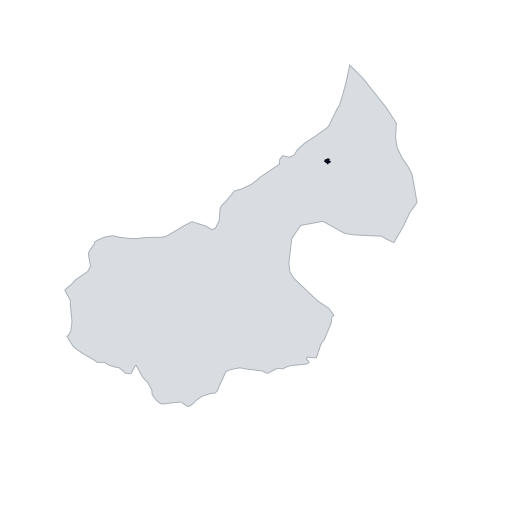 location of Saldus, Saldus, Latvia, rotated 139°
{"feature_id": "27541924B14554073945522", "entity_name": "Saldus", "entity_type": "district", "adm_level": 2, "iso_a3": "LVA", "parent_name": "Latvia", "parent_adm1": "Saldus", "projection": "orthographic", "projection_center": [22.489, 56.666], "detail": "fine", "context": "in_parent", "style": "filled", "palette": "ink", "viewbox_px": 512, "rotation_deg": 139, "n_neighbors": 0, "source": "geoboundaries", "source_scale": "gbopen_adm2", "svg_char_len": 2944}
<svg xmlns="http://www.w3.org/2000/svg" viewBox="0 0 512 512"><g transform="rotate(139 256 256)"><path d="M368.7,372.4L365.8,372.1L357.7,369.5L350.8,365.3L346.5,359.4L339.2,351.4L334.5,347.3L327.1,342.3L314.9,332.0L310.5,329.7L289.4,325.8L281.8,323.9L274.4,311.8L271.9,304.7L268.5,303.5L264.8,305.1L260.8,306.7L251.8,315.4L248.8,316.7L243.0,317.0L229.4,319.2L223.2,316.2L212.4,313.1L206.6,312.7L201.4,312.8L178.5,309.9L174.4,313.5L170.1,314.2L166.0,308.6L160.9,307.1L155.3,309.0L145.1,309.3L133.0,307.5L117.6,306.1L115.3,306.6L98.1,313.9L93.9,315.0L75.1,327.2L60.0,338.6L58.7,319.9L60.4,282.5L63.0,264.1L73.2,253.5L78.4,245.2L81.5,234.0L82.6,223.6L84.7,215.1L99.4,190.7L110.8,188.1L126.1,181.4L143.2,175.7L146.5,183.0L148.2,188.5L169.0,208.5L174.4,215.2L182.7,238.3L202.3,249.8L217.5,245.8L224.0,239.9L235.9,229.1L241.1,221.3L242.0,213.8L239.0,182.2L235.4,168.6L236.2,160.0L238.4,160.4L243.3,156.1L259.7,147.9L263.0,147.5L266.7,145.8L277.0,139.6L280.5,142.5L283.4,145.9L284.9,145.9L285.6,144.6L285.3,142.3L286.0,140.7L289.1,141.5L301.6,150.5L306.4,152.5L309.6,153.0L313.6,157.3L324.1,159.8L325.5,162.0L326.5,164.9L336.9,176.5L341.6,182.3L350.6,187.4L354.4,188.5L369.3,181.9L373.4,179.7L376.9,179.4L380.6,182.2L389.0,185.6L396.5,186.4L397.8,186.0L404.1,186.0L406.4,187.4L408.4,195.0L416.0,200.5L423.0,205.1L424.9,207.3L425.8,211.7L425.7,217.0L425.1,219.8L422.6,223.2L420.8,231.3L421.0,238.9L418.2,252.2L419.0,252.4L427.0,249.4L429.4,250.6L431.4,253.3L432.6,261.5L435.5,265.0L438.7,270.5L439.9,274.9L445.6,279.9L446.3,283.3L450.5,295.2L452.3,302.2L453.3,307.6L452.3,314.6L451.3,319.4L449.6,319.2L445.0,320.9L438.0,327.1L427.9,341.2L425.2,344.4L423.0,354.7L422.4,355.8L415.9,355.8L414.1,355.7L407.6,356.4L393.2,354.7L387.7,356.8L381.2,367.5L378.4,369.2L370.1,371.2L368.7,372.4Z" fill="#d9dde1" stroke="#a8b0b8" stroke-width="1"/><path d="M141.1,279.4L141.0,279.5L140.9,279.5L140.7,279.5L140.7,279.4L140.6,279.5L140.3,279.5L140.2,279.5L140.0,279.4L139.9,279.4L139.9,279.2L140.0,279.1L139.9,278.9L139.7,278.9L139.3,278.7L139.2,278.6L138.7,278.6L138.4,278.5L138.2,278.6L138.2,278.8L138.3,278.9L138.3,279.0L138.8,279.8L138.8,280.0L138.9,280.3L139.0,280.3L139.0,280.5L138.9,280.7L138.9,280.8L138.7,280.9L138.7,281.0L138.4,281.0L138.5,281.1L138.5,281.3L138.4,281.3L138.3,281.5L138.2,281.6L138.3,281.7L138.3,281.8L138.2,281.8L138.3,281.9L138.5,281.7L138.5,281.8L138.6,282.0L138.7,281.9L138.8,281.9L138.7,281.8L138.8,281.7L139.0,281.8L138.9,281.8L139.0,281.9L139.1,282.0L139.3,282.1L139.5,282.1L139.8,282.2L140.0,282.2L140.1,282.3L140.1,282.2L140.3,282.1L140.5,282.0L140.7,282.3L140.8,282.3L141.0,282.4L141.1,282.5L141.3,282.5L141.3,282.1L141.3,281.9L141.2,281.9L141.2,281.7L141.3,281.7L141.0,281.4L140.9,281.3L141.1,281.2L141.1,280.9L141.3,280.8L141.3,280.7L141.4,280.8L141.5,280.8L141.5,280.7L141.4,280.4L141.3,280.2L141.2,280.2L140.9,279.9L141.0,279.9L141.1,279.7L141.1,279.4L141.1,279.4Z" fill="#0f172a" stroke="#020617" stroke-width="1.5"/></g></svg>